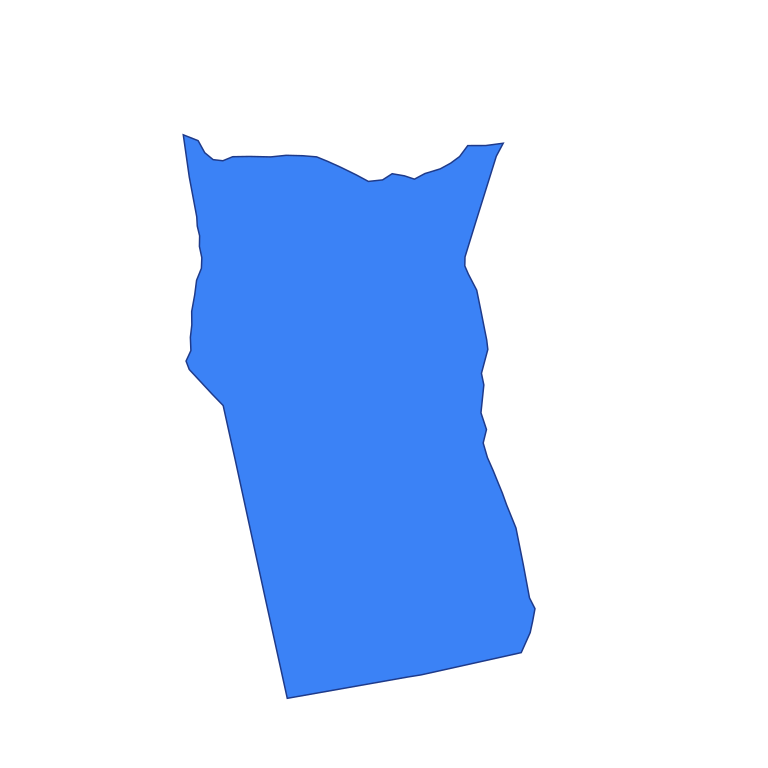 Horizonte, Ceará, Brazil (Natural Earth projection), rotated 73°
{"feature_id": "56859067B1428570185316", "entity_name": "Horizonte", "entity_type": "district", "adm_level": 2, "iso_a3": "BRA", "parent_name": "Brazil", "parent_adm1": "Ceará", "projection": "natural_earth1", "projection_center": [-38.493, -4.093], "detail": "fine", "context": "isolated", "style": "filled", "palette": "blue", "viewbox_px": 768, "rotation_deg": 73, "n_neighbors": 0, "source": "geoboundaries", "source_scale": "gbopen_adm2", "svg_char_len": 1104}
<svg xmlns="http://www.w3.org/2000/svg" viewBox="0 0 768 768"><g transform="rotate(73 384 384)"><path d="M188.6,199.6L185.7,217.0L180.5,234.2L188.6,245.2L192.3,255.7L194.7,267.3L194.7,283.4L197.0,295.0L190.9,303.6L185.3,314.7L188.4,325.7L185.7,339.7L176.0,349.3L164.1,362.0L154.7,372.7L147.1,382.0L141.9,395.1L136.7,410.7L133.7,426.0L127.1,446.0L122.4,462.3L123.4,472.8L119.5,481.8L110.4,487.8L97.0,490.6L87.0,503.1L129.1,509.7L169.5,514.2L178.4,516.4L188.4,517.0L198.5,520.3L210.0,521.3L220.0,524.8L230.0,532.9L243.3,538.9L258.4,546.7L271.3,550.5L282.7,555.5L295.6,558.9L304.2,566.6L313.2,566.0L343.7,551.2L357.6,544.1L397.8,547.3L412.3,548.4L551.7,560.0L656.3,568.4L671.0,448.1L673.0,433.7L681.0,331.3L664.5,316.9L654.5,311.3L643.0,305.3L631.1,307.4L617.8,305.9L597.4,303.6L560.3,299.9L535.4,302.1L523.0,302.7L511.3,303.8L498.9,304.9L484.6,306.6L469.4,306.4L457.5,299.3L439.9,299.7L414.1,288.8L402.3,287.7L381.3,274.6L371.9,272.9L358.9,271.6L344.2,270.1L321.4,267.9L303.6,271.2L294.7,272.2L286.2,269.4L257.1,249.7L199.0,210.0L188.6,199.6Z" fill="#3b82f6" stroke="#1e3a8a" stroke-width="1.5"/></g></svg>